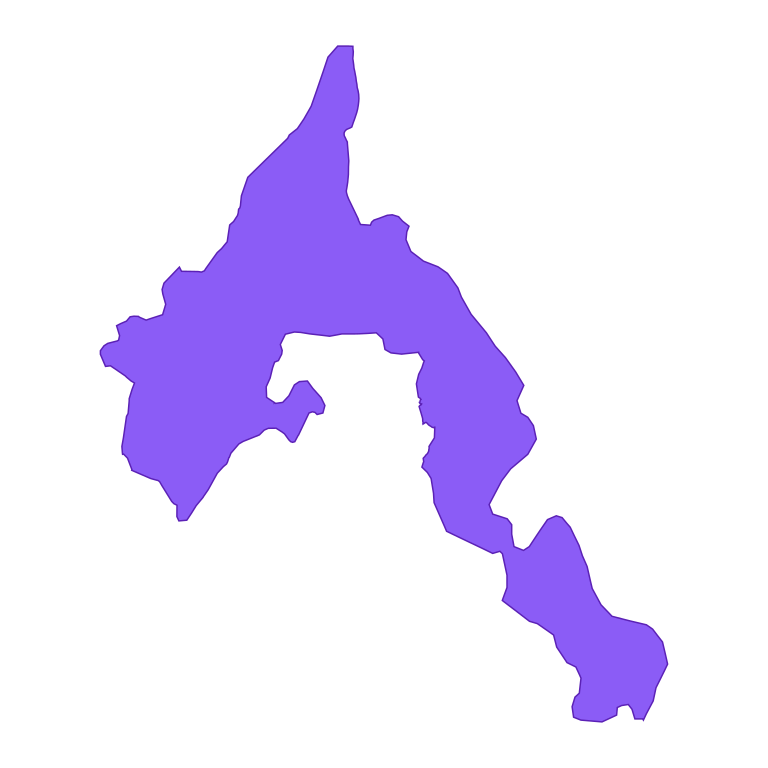 the district of Ibb, Ibb, Yemen
{"feature_id": "15242507B92318090783838", "entity_name": "Ibb", "entity_type": "district", "adm_level": 2, "iso_a3": "YEM", "parent_name": "Yemen", "parent_adm1": "Ibb", "projection": "equal_earth", "projection_center": [44.175, 13.992], "detail": "fine", "context": "isolated", "style": "filled", "palette": "violet", "viewbox_px": 768, "rotation_deg": 0, "n_neighbors": 0, "source": "geoboundaries", "source_scale": "gbopen_adm2", "svg_char_len": 5534}
<svg xmlns="http://www.w3.org/2000/svg" viewBox="0 0 768 768"><path d="M416.4,383.9L418.4,397.1L418.5,397.2L420.3,398.4L421.0,399.5L420.4,399.9L420.2,400.5L420.1,401.2L419.8,402.3L419.4,402.4L419.5,402.8L419.7,403.1L420.6,403.7L420.7,403.9L421.3,404.0L421.6,403.9L421.6,404.0L421.4,404.5L420.9,404.9L420.5,405.2L420.1,405.2L419.1,406.4L419.1,406.5L419.6,408.2L420.6,411.5L421.1,413.1L421.6,414.9L422.2,416.9L422.4,417.7L422.5,417.9L422.6,418.5L422.7,419.4L422.7,419.8L422.7,420.0L422.7,420.5L422.7,420.9L422.8,421.5L423.1,422.4L422.9,423.7L423.0,424.1L423.4,423.8L423.6,423.7L423.8,423.6L424.0,423.5L424.2,423.4L424.3,423.2L424.5,423.0L424.6,422.9L424.8,422.8L425.0,422.8L425.2,422.7L425.3,422.7L425.5,422.6L425.8,422.5L425.9,422.4L426.1,422.5L426.3,422.5L426.5,422.6L426.6,422.8L427.0,423.1L427.2,423.3L427.3,423.4L427.4,423.6L427.7,423.8L427.8,424.0L428.0,424.2L428.3,424.6L428.6,424.9L428.9,425.1L429.7,425.6L430.2,426.0L430.4,426.1L430.8,426.3L431.1,426.5L431.4,426.7L431.6,426.9L431.8,427.1L432.1,427.2L432.4,427.3L432.7,427.4L433.0,427.5L433.3,427.6L433.7,427.7L434.0,427.6L434.1,427.3L434.2,427.2L434.4,427.2L434.6,427.2L434.8,427.2L434.4,437.9L429.0,446.4L429.1,446.8L429.1,448.0L429.0,449.1L428.8,449.7L428.7,450.8L428.6,451.4L427.9,452.7L427.6,453.4L426.4,454.6L426.0,454.9L424.7,456.7L423.6,457.8L423.2,458.3L423.7,461.8L423.2,462.9L421.9,467.1L427.4,472.5L431.1,478.5L433.5,493.2L434.1,502.7L444.6,526.6L446.6,531.3L461.4,538.4L470.2,542.6L482.2,548.3L492.7,553.4L499.9,551.3L502.4,553.7L507.0,575.2L507.0,587.5L502.8,599.0L502.3,600.5L515.3,610.4L529.5,621.3L537.3,623.6L544.5,628.6L553.6,635.0L556.7,647.1L564.1,658.2L567.0,662.6L575.9,667.0L579.8,675.4L581.0,678.2L579.3,693.2L575.0,697.1L572.1,706.7L573.6,717.2L580.9,720.1L602.0,721.9L616.6,715.1L617.3,707.5L621.7,705.5L628.3,704.5L632.0,709.3L634.9,718.9L642.7,718.9L643.4,720.1L646.4,713.7L653.2,700.9L656.0,687.7L661.0,677.7L664.5,670.6L667.6,664.1L665.2,653.5L662.5,642.0L657.3,635.3L652.6,629.1L646.4,624.8L641.3,623.6L630.3,621.0L624.8,619.6L612.0,616.3L608.7,612.8L601.0,604.8L592.2,588.5L590.6,581.8L587.1,566.5L582.4,555.8L579.0,545.4L574.2,535.6L570.2,527.2L566.8,523.3L562.1,517.6L556.3,515.8L547.5,519.6L540.2,530.2L537.1,534.8L532.8,541.3L529.3,546.6L523.5,550.4L514.0,546.6L511.7,534.2L511.7,524.7L507.2,518.8L492.7,514.1L489.1,504.6L498.0,487.7L501.7,480.7L510.7,468.8L520.5,460.5L527.8,454.3L536.3,439.1L533.4,425.6L527.8,417.3L520.9,413.2L517.0,400.6L523.8,385.4L519.2,377.8L515.7,372.0L511.2,365.7L505.4,357.6L495.2,346.2L491.3,340.3L486.4,332.8L471.1,314.3L467.9,308.6L461.4,297.1L457.9,287.9L452.9,280.9L447.5,273.4L442.1,269.6L438.0,266.8L429.3,263.4L426.7,262.4L423.4,261.1L419.7,258.2L410.9,251.5L406.0,239.7L406.8,231.8L409.0,226.2L402.5,221.1L398.6,216.7L392.3,214.8L387.2,215.3L378.9,218.4L373.9,220.1L371.6,222.2L370.4,225.2L360.5,224.5L358.2,219.6L358.4,219.3L349.0,199.8L348.5,198.7L347.4,195.9L346.5,192.7L346.3,190.9L346.9,187.4L347.7,182.2L348.4,174.6L348.5,166.6L348.8,160.9L348.4,155.9L347.3,142.5L347.4,142.1L346.1,139.6L345.6,138.4L345.1,137.4L344.3,135.8L344.1,134.2L344.1,133.1L344.7,131.4L346.5,129.5L348.5,128.6L350.2,127.9L351.8,127.0L352.2,125.8L353.3,122.5L354.6,119.0L355.7,115.7L356.7,112.7L357.6,109.2L358.3,105.1L358.7,101.7L358.9,98.6L358.7,94.4L358.1,90.8L357.2,87.5L356.9,84.3L356.3,81.1L355.9,77.6L355.3,74.5L354.7,71.2L354.0,68.1L353.7,64.9L353.3,61.8L352.8,58.5L353.1,55.4L353.3,51.7L352.9,48.6L352.9,46.3L348.6,46.1L337.7,46.1L328.0,57.1L323.0,72.1L316.8,90.2L311.2,106.2L308.6,110.8L303.9,119.0L297.4,128.6L289.3,135.0L287.7,138.3L247.8,177.3L241.4,195.8L240.4,205.9L239.8,208.0L239.1,208.6L238.6,209.3L238.2,213.0L237.5,215.5L236.1,217.6L233.6,221.5L231.2,223.6L230.1,224.6L229.7,225.0L227.2,241.8L224.5,245.0L221.5,248.7L221.0,249.1L217.2,252.6L205.7,268.7L204.4,270.8L201.4,272.1L198.5,271.6L194.5,271.5L181.5,271.3L179.4,267.1L164.0,283.1L162.1,289.5L162.8,293.9L165.7,304.3L162.6,314.7L149.9,318.8L146.1,320.1L139.4,317.2L138.5,316.4L133.9,316.2L130.1,316.8L126.5,321.1L120.7,323.6L116.6,325.7L119.6,335.6L118.6,340.1L117.4,340.9L112.3,342.2L107.7,343.4L104.0,345.8L100.4,350.7L100.4,354.3L105.5,366.4L110.5,365.8L125.3,375.9L126.7,377.3L131.1,381.0L134.5,383.0L132.1,389.3L129.2,398.7L129.2,400.8L128.1,413.5L126.5,416.4L125.9,420.6L123.4,437.9L121.9,446.4L122.4,453.0L122.6,454.3L123.6,454.1L127.5,458.1L131.9,469.6L131.7,470.3L141.4,474.5L150.9,478.6L158.3,480.6L159.7,481.8L161.9,485.6L169.9,498.5L171.7,501.4L173.9,503.7L177.0,505.2L176.9,516.6L178.9,520.9L186.8,520.2L191.6,513.0L196.2,505.6L203.1,497.3L203.3,496.8L208.2,489.7L217.3,473.2L223.4,466.6L226.5,464.0L227.5,462.0L228.9,457.6L229.3,457.3L230.9,453.2L238.9,443.9L243.2,441.4L259.4,434.9L264.2,430.1L268.3,428.3L276.1,428.2L281.9,431.9L284.5,433.8L288.9,439.9L290.7,441.7L292.6,442.3L294.8,441.7L298.2,435.3L298.5,435.1L309.0,413.0L312.4,411.8L315.0,412.4L317.1,414.5L322.9,413.0L324.9,405.5L321.1,397.7L312.8,388.4L307.4,381.0L299.4,381.6L294.4,384.9L288.9,395.8L282.7,402.4L275.6,403.4L274.5,402.6L274.3,402.8L274.3,402.5L266.6,397.4L266.2,386.8L270.1,378.1L272.6,367.8L274.6,362.1L278.4,360.6L281.7,354.1L282.2,350.4L280.3,344.5L285.4,334.2L294.4,332.0L300.6,332.4L309.9,333.9L322.2,335.3L329.6,336.2L336.8,334.9L342.0,333.9L354.5,333.9L359.0,333.8L367.4,333.4L376.3,332.8L379.0,335.3L382.9,339.0L384.4,346.5L385.0,349.5L391.0,352.9L396.3,353.5L401.6,354.1L414.9,352.7L418.6,352.3L418.6,353.0L422.8,359.8L424.3,360.9L423.6,362.4L423.6,362.5L421.8,368.1L418.7,374.3L416.4,383.9Z" fill="#8b5cf6" stroke="#5b21b6" stroke-width="1.5"/></svg>